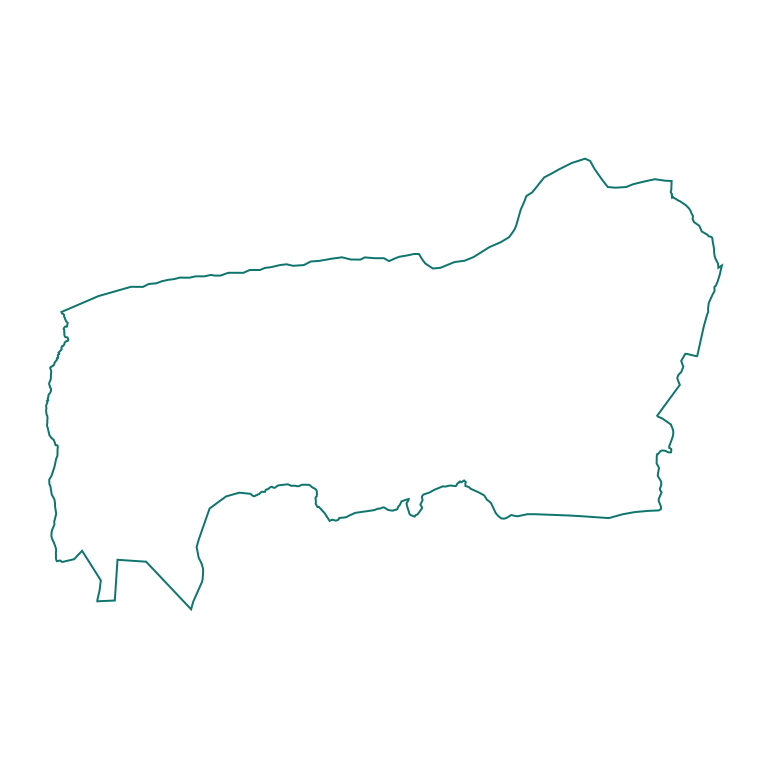 Achiase, Eastern, Ghana (Robinson projection)
{"feature_id": "2480657B77450065295387", "entity_name": "Achiase", "entity_type": "district", "adm_level": 2, "iso_a3": "GHA", "parent_name": "Ghana", "parent_adm1": "Eastern", "projection": "robinson", "projection_center": [-1.045, 5.794], "detail": "fine", "context": "isolated", "style": "outline", "palette": "teal", "viewbox_px": 768, "rotation_deg": 0, "n_neighbors": 0, "source": "geoboundaries", "source_scale": "gbopen_adm2", "svg_char_len": 5985}
<svg xmlns="http://www.w3.org/2000/svg" viewBox="0 0 768 768"><path d="M661.6,492.2L660.1,490.0L659.9,488.9L661.2,485.2L661.2,481.7L657.7,475.7L658.6,469.9L659.1,468.2L657.9,465.7L656.8,463.9L656.6,463.2L656.8,455.8L657.3,454.1L657.8,454.3L660.4,451.2L661.9,450.5L664.2,450.6L666.2,451.2L668.3,452.4L671.0,452.3L671.3,450.8L671.2,449.0L669.2,447.8L669.2,446.4L672.1,438.5L673.0,435.7L673.3,432.9L673.2,430.8L672.4,428.1L671.2,425.6L671.0,424.6L662.5,418.6L657.9,416.6L657.2,415.7L679.8,384.9L677.4,378.8L677.4,377.7L678.1,375.4L679.7,373.5L681.2,372.2L683.3,366.8L681.2,360.9L685.3,353.8L686.9,353.9L696.3,356.2L696.8,356.2L697.3,355.7L703.8,326.4L707.1,314.6L707.9,312.7L708.2,311.7L708.1,308.4L708.7,303.5L709.2,302.0L712.5,294.7L714.3,291.5L714.5,291.0L714.5,289.1L714.4,287.3L714.6,286.7L716.1,285.4L716.8,283.2L717.5,281.9L720.0,273.8L720.4,271.7L721.9,265.5L718.4,267.8L718.1,264.4L717.8,263.2L715.5,258.7L714.7,256.4L714.1,252.2L714.1,249.8L713.8,247.3L712.8,242.1L712.3,238.1L711.5,237.0L708.5,236.2L707.7,234.9L701.8,231.5L699.3,225.8L694.0,222.1L692.8,219.5L692.6,218.5L693.0,216.2L692.8,215.6L691.7,213.9L690.4,210.6L688.9,208.3L685.5,204.9L683.0,203.3L680.1,201.3L678.7,200.7L673.3,197.5L673.0,197.0L672.5,197.1L672.0,197.7L671.8,197.3L672.2,196.2L671.7,195.2L672.1,194.3L670.9,192.5L670.7,191.9L671.3,189.9L671.6,181.0L665.0,180.7L654.9,179.2L644.7,181.4L633.2,184.2L626.2,187.0L615.4,187.7L607.8,187.0L602.1,179.7L594.5,168.9L590.1,160.9L585.0,158.7L571.7,163.0L558.9,169.4L551.3,173.7L544.3,177.3L532.2,192.4L526.4,196.0L523.9,202.5L520.7,209.7L516.2,225.6L514.3,229.9L509.2,237.1L500.9,242.1L489.4,247.1L473.5,257.1L464.6,260.7L454.4,262.1L440.4,267.8L432.8,268.5L425.2,263.4L422.0,259.1L418.9,254.0L413.8,254.0L407.4,255.4L399.2,256.8L395.3,258.3L389.0,261.1L383.9,258.2L374.4,258.2L364.8,257.4L360.4,259.6L350.8,259.5L342.0,257.3L331.8,258.7L319.1,260.9L310.8,261.5L303.8,265.1L293.0,265.8L286.6,264.3L280.3,265.0L270.8,267.2L265.0,267.9L259.9,270.0L249.8,270.0L243.4,272.8L228.2,272.8L220.5,275.6L214.8,275.6L211.0,274.9L204.6,276.3L195.7,276.3L189.4,277.7L179.8,277.6L174.1,279.1L168.4,279.8L162.0,281.2L156.3,283.3L148.7,284.0L143.0,286.9L130.9,286.8L98.4,296.1L61.4,312.0L62.1,313.5L63.1,313.9L64.0,314.8L64.1,315.3L64.1,316.4L64.3,317.1L65.0,318.1L65.1,319.2L65.8,320.3L65.9,321.0L67.7,322.8L67.0,326.5L66.7,326.7L65.3,326.5L63.8,328.2L63.6,329.0L64.1,329.6L64.3,330.2L64.1,331.8L64.3,332.0L64.4,332.8L64.3,334.6L64.7,336.0L65.1,336.8L65.5,337.2L67.1,337.3L67.5,337.5L68.2,339.2L68.2,340.1L68.0,340.6L67.5,341.0L66.4,341.1L65.3,341.9L64.5,343.0L64.3,344.5L63.1,345.9L62.3,346.0L61.4,347.6L61.7,348.9L61.5,349.5L58.5,352.7L59.2,353.4L59.3,353.7L59.1,354.2L57.8,355.1L58.1,356.8L57.8,357.4L57.9,358.2L57.6,358.5L56.9,358.4L56.7,360.1L54.7,362.5L54.2,364.2L53.7,365.3L53.2,365.7L52.7,365.7L51.3,366.9L50.9,366.9L50.3,367.6L50.2,368.0L51.3,371.3L51.0,373.8L50.8,379.2L49.3,382.7L49.1,383.9L49.2,384.5L49.8,385.8L49.9,387.2L50.8,388.4L51.1,389.0L51.1,389.4L50.7,391.5L49.9,393.1L48.8,394.4L48.4,395.3L48.4,397.0L47.7,398.3L48.3,400.2L48.1,400.4L47.6,400.2L46.9,401.0L47.4,402.1L47.2,403.0L46.1,405.5L46.4,408.5L46.1,410.9L46.6,414.8L47.2,415.7L47.4,416.6L47.5,418.7L47.2,420.8L47.4,422.0L46.9,425.6L47.6,427.4L49.5,435.4L51.3,437.8L53.7,439.9L55.0,443.1L55.4,444.9L55.9,445.3L56.9,445.2L57.3,445.4L57.8,446.3L57.8,447.2L57.6,448.6L57.4,455.9L56.2,458.6L54.6,466.3L51.7,475.4L49.2,479.7L49.4,484.3L50.4,486.1L51.7,494.4L54.4,499.4L55.0,503.0L55.0,506.2L56.2,513.8L54.2,521.9L54.4,523.9L54.3,524.8L52.2,529.8L51.6,532.2L51.4,535.8L51.8,538.1L52.5,539.5L53.2,541.3L53.6,541.7L55.8,548.0L56.2,550.0L55.9,552.6L56.0,558.7L56.4,560.3L56.9,561.2L60.1,560.5L62.2,562.0L74.1,559.2L82.1,550.8L100.8,580.4L99.6,590.3L97.3,600.3L97.3,601.3L114.8,600.5L117.5,559.8L146.1,561.7L191.1,609.3L193.3,601.5L202.1,581.7L202.6,579.2L202.8,576.6L203.2,570.8L202.9,568.2L201.4,563.1L198.9,558.2L198.4,556.4L197.2,549.9L196.6,547.2L198.8,539.4L209.6,508.5L226.1,496.4L239.3,492.7L250.4,493.8L251.0,494.2L252.2,495.4L253.7,496.2L254.5,496.2L256.0,495.3L256.8,495.2L258.1,494.3L259.2,494.1L260.4,492.8L261.7,491.8L264.9,491.9L265.7,490.0L266.4,489.4L267.5,489.4L268.4,488.9L269.3,488.0L270.8,486.9L272.0,486.8L273.5,487.7L274.5,487.8L275.3,487.5L276.7,486.3L277.9,485.6L279.3,485.2L287.9,484.3L291.2,485.8L295.1,485.7L297.0,486.2L298.9,486.2L301.6,484.9L302.5,484.7L308.7,484.8L310.5,485.7L311.8,487.0L313.1,487.8L315.5,489.1L316.4,490.0L316.8,491.7L316.9,493.7L316.8,496.1L316.1,496.9L315.4,498.3L315.8,499.9L315.9,501.6L315.7,503.9L316.9,505.9L317.2,506.7L317.7,507.1L318.9,506.9L319.7,507.9L321.1,509.1L321.4,509.7L324.7,513.2L329.6,520.9L331.7,519.9L332.5,519.7L335.6,520.6L336.9,520.4L337.8,520.0L338.8,519.1L339.3,518.0L345.2,517.4L347.0,516.8L349.8,515.2L352.4,514.2L355.0,512.9L374.4,510.1L377.5,508.8L380.7,508.4L382.5,507.5L383.4,507.4L384.4,507.6L388.0,509.9L389.3,510.2L392.8,510.7L393.0,510.5L393.7,510.2L394.6,510.2L395.6,509.7L396.5,509.7L397.2,509.2L398.4,506.4L399.4,505.5L400.0,504.6L401.5,501.4L407.0,499.4L408.7,499.1L408.2,500.8L406.8,502.8L406.5,503.7L407.6,507.9L408.8,511.4L409.3,513.4L409.9,514.4L410.9,515.2L414.7,516.6L415.1,515.6L415.6,515.2L417.1,514.6L418.1,513.7L421.9,508.4L422.0,507.2L420.6,505.2L420.4,504.5L422.5,500.4L422.5,499.6L421.9,497.4L421.9,496.8L422.4,495.8L423.4,494.6L429.8,492.4L434.1,489.9L442.9,486.3L445.2,486.6L450.2,485.5L455.3,486.1L455.9,485.9L456.6,485.2L457.2,483.8L457.8,483.2L458.8,482.8L459.4,481.6L460.1,481.5L461.0,482.2L461.3,482.3L464.1,480.5L465.8,482.1L465.3,483.8L465.5,486.1L467.0,486.4L469.3,487.3L470.3,488.6L478.7,492.4L484.2,495.4L487.0,499.8L489.2,501.4L491.0,503.1L495.8,513.2L498.2,515.9L501.0,518.3L502.9,518.6L504.3,518.6L505.5,518.3L507.4,517.4L511.3,515.0L516.1,516.2L517.8,516.2L527.4,514.2L529.9,514.2L534.7,514.2L569.0,515.5L581.1,516.2L608.9,518.1L622.5,514.3L634.6,512.1L648.0,510.9L659.0,510.4L661.1,508.9L660.8,506.2L658.7,500.9L658.7,499.2L661.6,492.2Z" fill="none" stroke="#0f766e" stroke-width="2"/></svg>